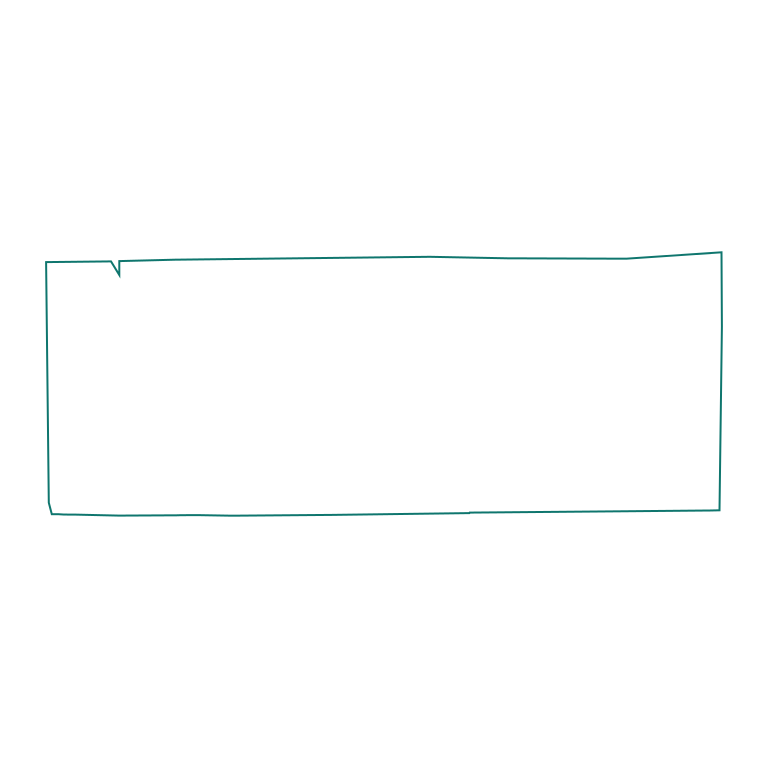 outline of Geneva, Alabama, United States of America
{"feature_id": "52423323B5863423777851", "entity_name": "Geneva", "entity_type": "district", "adm_level": 2, "iso_a3": "USA", "parent_name": "United States of America", "parent_adm1": "Alabama", "projection": "equal_earth", "projection_center": [-85.923, 31.096], "detail": "fine", "context": "isolated", "style": "outline", "palette": "teal", "viewbox_px": 768, "rotation_deg": 0, "n_neighbors": 0, "source": "geoboundaries", "source_scale": "gbopen_adm2", "svg_char_len": 467}
<svg xmlns="http://www.w3.org/2000/svg" viewBox="0 0 768 768"><path d="M46.1,262.1L48.8,502.7L51.8,514.2L58.4,514.2L63.2,514.5L69.2,514.6L75.0,514.6L118.9,515.6L176.9,515.3L180.5,515.2L197.1,515.1L231.9,515.7L332.3,514.9L469.4,513.1L469.7,512.6L632.4,511.2L709.8,510.5L710.2,510.5L719.5,510.3L721.9,326.7L721.5,252.3L626.1,258.7L507.2,258.3L429.8,256.8L174.9,259.7L119.3,261.1L119.3,275.0L111.0,261.4L46.1,262.1Z" fill="none" stroke="#0f766e" stroke-width="2"/></svg>